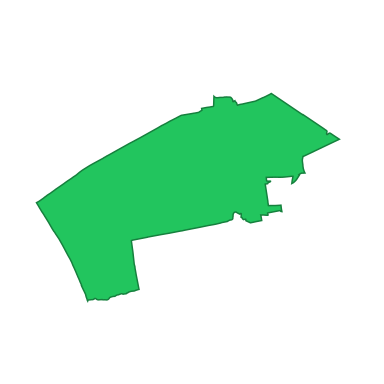 the district of Valcele, Olt, Romania, rotated 169°
{"feature_id": "2599482B83883169755086", "entity_name": "Valcele", "entity_type": "district", "adm_level": 2, "iso_a3": "ROU", "parent_name": "Romania", "parent_adm1": "Olt", "projection": "equal_earth", "projection_center": [24.572, 44.303], "detail": "fine", "context": "isolated", "style": "filled", "palette": "green", "viewbox_px": 384, "rotation_deg": 169, "n_neighbors": 0, "source": "geoboundaries", "source_scale": "gbopen_adm2", "svg_char_len": 5897}
<svg xmlns="http://www.w3.org/2000/svg" viewBox="0 0 384 384"><g transform="rotate(169 192 192)"><path d="M272.7,242.1L278.5,240.3L280.4,239.7L284.2,238.5L287.5,237.4L293.5,235.1L295.3,234.4L298.7,232.8L300.3,231.9L302.2,230.8L303.6,230.2L305.6,229.4L308.1,228.2L312.0,226.6L314.9,225.3L315.8,224.8L325.0,220.8L327.4,219.6L329.2,218.8L331.5,217.7L332.6,217.3L334.6,216.5L335.9,215.8L337.7,215.0L339.3,214.1L340.5,213.6L342.7,212.6L344.1,212.0L346.7,211.2L346.3,210.1L345.2,207.1L344.7,205.5L344.3,204.5L344.0,203.7L343.7,202.8L343.1,201.1L342.6,200.1L341.5,197.3L341.1,196.1L340.8,195.4L338.6,189.6L336.4,183.1L335.5,180.7L335.0,179.5L334.7,179.1L334.5,178.7L334.0,177.2L333.4,175.8L332.0,172.5L331.6,171.6L331.0,169.8L330.7,168.9L330.0,166.8L329.5,165.3L327.8,159.9L327.5,158.8L325.8,153.3L325.4,152.1L324.7,150.1L324.3,148.8L323.8,146.9L323.7,146.8L323.4,145.4L322.9,142.7L322.2,140.0L321.8,138.2L321.1,135.1L320.7,133.0L320.5,132.3L320.2,130.6L319.8,129.1L319.6,128.1L319.4,127.3L319.0,125.1L318.4,122.6L318.2,121.3L318.4,121.2L318.1,120.0L317.2,116.4L316.9,115.4L316.6,114.2L316.2,112.6L316.0,111.8L315.9,109.3L315.5,106.8L315.4,105.5L315.2,104.9L315.0,105.3L314.6,105.6L314.0,105.8L313.8,105.8L313.6,105.8L313.1,105.6L312.8,105.6L311.2,105.5L310.2,105.3L309.9,105.3L309.0,105.4L308.5,105.6L308.3,105.9L308.0,106.0L307.6,106.0L307.4,106.0L306.9,105.7L306.5,105.4L306.3,105.1L306.0,104.8L305.7,104.6L305.5,104.4L304.5,104.0L303.6,103.9L302.5,103.8L301.3,103.6L301.0,103.6L300.6,103.5L300.6,103.4L299.7,103.1L299.0,103.0L298.3,102.9L297.9,102.8L296.9,102.5L296.1,102.3L295.5,102.4L295.0,102.5L294.7,102.6L294.0,103.0L293.3,103.7L293.0,104.0L292.4,104.2L292.1,104.3L290.4,104.5L289.6,104.5L288.9,104.5L288.2,104.4L287.7,104.3L287.4,104.4L286.9,104.6L286.3,104.9L285.9,105.0L285.2,105.2L284.8,105.2L284.3,105.1L283.4,105.2L281.8,105.5L280.7,105.6L280.1,105.5L279.9,105.4L279.6,105.2L279.3,104.9L279.0,104.8L278.6,104.9L276.3,104.7L275.6,104.8L275.4,104.9L275.2,105.2L275.0,105.3L274.8,105.4L274.4,105.3L274.0,105.4L273.4,105.8L273.0,105.8L272.6,105.9L271.2,106.1L270.1,106.1L269.0,106.0L268.1,105.9L267.5,105.9L267.1,105.9L266.1,106.2L265.1,106.3L263.3,106.5L262.6,106.5L262.6,108.6L262.6,114.1L262.6,117.6L262.6,121.5L262.5,125.4L262.5,127.8L262.3,129.7L262.5,132.2L261.5,144.0L260.9,154.6L260.8,155.8L260.2,156.0L259.4,156.1L258.5,156.1L256.4,156.1L254.8,156.1L252.0,156.1L250.2,156.1L249.0,156.1L245.1,156.1L244.5,156.1L244.4,156.2L242.6,156.2L230.8,156.1L225.8,156.0L222.3,155.9L217.5,155.9L211.3,155.9L209.0,155.8L206.2,155.9L204.4,155.9L202.0,155.9L200.0,155.9L198.6,155.9L194.6,155.9L191.2,155.9L181.8,156.0L177.7,155.9L174.8,155.9L169.7,156.1L168.7,156.3L166.2,156.3L164.3,156.3L163.1,156.3L162.9,156.3L161.7,156.8L161.3,156.9L160.5,157.2L159.9,157.2L159.3,157.1L158.2,157.2L157.6,157.5L157.3,157.7L157.1,158.0L156.9,158.6L156.8,159.2L156.5,159.9L156.3,160.5L156.1,161.5L155.9,162.1L155.4,163.0L155.1,163.4L154.4,163.8L154.2,164.0L152.8,164.0L152.5,163.9L152.2,163.5L150.7,162.2L150.0,161.7L149.5,161.2L149.4,161.2L149.2,161.3L148.9,161.3L148.7,161.5L148.4,161.5L148.2,161.6L147.9,161.5L147.8,161.2L148.5,158.3L148.7,158.0L148.6,157.8L148.0,157.4L147.8,157.2L147.7,156.9L147.7,156.7L147.3,155.8L147.1,155.5L146.8,155.1L146.6,155.1L145.4,155.1L145.0,155.1L144.8,155.1L144.5,155.0L144.5,154.6L144.5,153.7L144.4,153.7L144.4,153.4L140.8,150.8L140.5,150.6L139.4,150.6L134.6,150.7L132.5,150.7L129.0,150.7L128.9,153.5L128.9,156.2L128.7,156.1L127.3,156.0L126.6,155.9L125.5,155.6L123.7,155.1L122.1,154.7L121.8,154.8L121.7,154.9L121.9,156.6L121.9,156.9L121.7,157.0L121.4,157.0L111.1,157.0L109.8,157.0L109.3,156.9L109.0,156.8L108.9,156.6L108.5,156.0L108.1,155.8L107.5,155.6L107.5,157.7L107.4,159.7L107.2,162.1L109.1,162.3L112.7,162.8L118.5,163.9L119.0,163.9L119.4,164.0L119.6,164.1L119.6,164.6L119.6,164.9L119.5,165.8L119.5,167.1L119.3,168.7L119.1,173.9L119.0,176.4L118.8,181.5L118.6,185.8L116.2,185.7L116.0,185.8L115.7,186.4L115.4,186.7L115.1,186.8L114.5,186.9L113.7,186.9L113.3,187.2L112.9,187.6L113.0,187.7L113.1,187.8L114.6,188.0L115.7,188.3L116.6,188.7L116.6,190.1L116.4,190.8L116.3,192.2L107.6,190.7L103.8,189.9L100.6,189.3L98.0,189.0L91.2,188.4L89.9,188.1L90.2,187.3L90.5,186.5L91.3,184.6L92.0,182.5L92.2,181.8L92.4,181.3L90.7,181.8L89.8,182.3L89.0,182.8L88.1,183.4L87.1,184.2L86.4,184.9L84.7,186.7L84.6,186.9L84.1,187.3L83.4,188.1L83.6,188.3L83.8,188.6L82.2,189.3L81.6,189.4L81.1,189.6L80.9,189.6L80.3,189.5L78.4,189.2L77.5,189.1L77.7,189.7L77.9,190.7L78.1,191.7L78.2,193.2L78.3,193.9L78.2,195.2L78.2,196.1L78.0,197.4L77.8,200.8L77.7,201.7L77.5,202.7L76.3,205.6L76.2,205.8L75.8,205.8L75.6,205.8L74.7,206.0L37.3,215.7L40.6,218.9L44.9,223.2L45.2,223.4L45.5,223.5L45.8,223.6L46.2,223.5L47.2,223.1L48.2,222.6L48.5,222.6L48.7,222.8L48.8,223.0L48.8,223.3L48.7,223.8L48.2,225.1L48.0,225.5L47.9,225.8L48.0,226.2L48.2,226.6L50.0,228.4L50.2,228.7L57.5,236.0L68.3,246.8L68.5,246.6L95.4,273.6L96.9,273.0L103.4,271.2L104.8,271.0L107.1,270.4L112.4,269.1L123.8,268.8L125.8,268.7L127.5,268.8L128.4,268.8L129.3,268.7L130.8,268.5L131.1,269.3L131.2,270.6L131.3,271.0L131.4,271.3L132.3,272.5L132.5,272.7L132.5,273.4L133.9,273.0L134.4,272.8L134.6,273.1L134.6,273.6L134.4,274.1L134.5,274.7L134.8,275.4L134.9,275.9L135.5,276.9L135.9,277.5L136.2,277.7L137.1,278.0L139.3,278.5L140.4,278.8L141.2,278.8L142.3,279.0L143.3,278.9L146.4,279.5L148.1,279.6L149.0,279.7L149.8,279.8L150.0,279.9L151.0,280.4L151.5,280.8L152.0,281.4L152.2,281.7L154.1,273.4L154.3,272.6L154.5,272.1L154.7,271.9L156.2,272.0L157.4,272.0L158.5,272.0L161.4,272.2L166.6,272.2L166.6,270.4L168.4,269.7L170.2,268.9L174.1,268.9L175.3,269.0L177.1,269.0L184.1,269.2L187.8,269.3L188.3,269.2L196.7,266.7L200.0,265.8L205.0,264.1L205.9,263.9L207.4,263.4L208.8,263.1L213.2,261.5L232.7,255.1L244.5,251.5L249.9,249.7L256.4,247.6L259.4,246.6L267.6,243.9L268.8,243.6L270.2,243.0L271.7,242.6L272.7,242.1Z" fill="#22c55e" stroke="#15803d" stroke-width="1.5"/></g></svg>